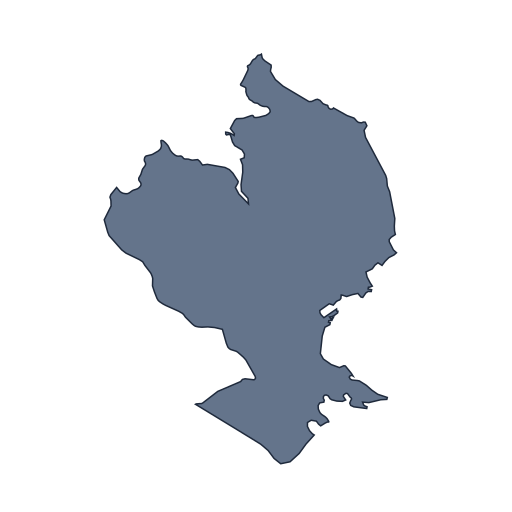 SVG path tracing the border of Guanacaste, rotated 191°
{"feature_id": "CRI-1334", "entity_name": "Guanacaste", "entity_type": "Province", "adm_level": 1, "iso_a3": "CRI", "parent_name": "Costa Rica", "parent_adm1": "", "projection": "albers", "projection_center": [-85.354, 10.467], "detail": "fine", "context": "isolated", "style": "filled", "palette": "slate", "viewbox_px": 512, "rotation_deg": 191, "n_neighbors": 0, "source": "natural_earth", "source_scale": "10m", "svg_char_len": 5422}
<svg xmlns="http://www.w3.org/2000/svg" viewBox="0 0 512 512"><g transform="rotate(191 256 256)"><path d="M192.1,56.8L199.6,60.7L207.0,67.4L215.5,72.2L242.1,82.2L277.7,95.4L287.1,98.9L286.5,99.4L284.6,99.9L283.0,100.4L281.9,100.6L281.2,100.8L280.3,101.5L267.7,115.8L247.0,129.9L246.5,131.1L245.7,132.3L243.3,133.4L234.3,134.1L233.4,135.2L233.2,135.8L233.3,136.5L233.9,137.7L234.2,138.1L246.1,152.0L249.1,154.3L255.6,158.1L257.2,158.7L263.1,159.4L263.8,159.7L264.4,159.9L265.0,160.3L266.2,161.2L268.5,164.7L275.0,177.6L282.9,177.9L289.8,177.2L295.5,175.8L298.8,175.4L300.5,175.4L302.2,175.5L303.7,176.1L305.7,177.2L313.6,182.5L315.5,184.4L317.2,185.6L321.3,187.0L335.3,190.3L338.2,191.2L341.8,192.7L343.5,193.7L345.1,195.5L348.9,201.5L351.9,206.9L353.1,214.2L353.9,216.0L355.4,218.3L356.2,219.3L363.3,225.6L366.1,228.7L369.8,230.2L384.2,234.0L389.0,236.4L404.1,248.0L406.1,251.1L411.9,262.6L407.8,277.4L408.9,282.4L409.6,284.2L410.0,284.8L410.6,285.9L410.2,288.6L405.9,296.7L401.8,293.3L400.6,292.8L399.1,292.3L397.8,292.2L395.8,292.3L394.7,292.5L393.8,292.8L392.3,293.9L390.0,296.4L389.0,297.2L386.6,298.5L385.0,299.5L383.9,300.7L383.2,301.8L382.7,302.7L382.5,303.5L382.5,304.3L382.7,305.0L383.0,305.6L383.4,306.1L385.3,307.9L385.6,308.5L385.8,309.2L385.9,309.9L385.8,310.6L384.6,314.1L384.0,319.3L383.7,320.1L382.1,323.5L381.9,324.4L381.9,325.1L382.1,325.8L382.4,326.4L382.7,326.9L383.6,327.9L383.9,328.7L384.1,329.7L384.0,331.6L383.5,332.5L383.0,333.2L377.9,335.5L376.8,336.2L372.0,340.4L370.8,342.0L370.1,343.2L369.9,344.8L369.8,345.6L370.1,347.2L371.1,350.0L371.3,351.1L370.8,351.5L370.2,351.5L369.5,351.4L368.8,351.2L366.4,349.8L364.3,348.2L363.3,347.3L360.1,343.2L358.1,341.5L357.6,341.1L355.2,339.8L353.8,339.3L353.1,339.1L352.2,339.1L351.2,339.2L349.8,339.6L349.4,339.7L348.8,339.8L348.0,339.6L347.4,339.3L346.9,339.0L345.9,338.1L345.3,337.8L344.6,337.7L343.9,337.7L342.4,338.0L340.7,338.2L339.9,338.1L339.1,338.0L336.9,337.9L331.6,339.5L330.4,338.8L329.4,338.3L325.9,335.1L321.2,336.7L303.3,337.0L298.6,335.7L294.4,332.8L287.7,325.8L287.7,324.2L289.3,319.3L284.7,313.6L273.3,305.7L274.9,311.1L282.6,316.7L284.3,323.2L285.0,335.7L286.6,343.0L289.7,348.0L286.3,350.2L286.8,353.9L289.9,357.4L298.0,360.3L300.8,363.4L304.3,370.1L306.0,370.1L308.1,369.2L309.0,369.9L309.4,371.8L307.1,371.9L304.7,371.6L302.5,371.0L300.5,370.1L300.5,371.8L305.5,376.2L302.8,384.9L301.3,387.1L295.5,388.5L294.2,389.0L287.3,393.0L286.1,393.3L285.6,393.1L285.1,392.6L284.7,392.2L284.2,391.7L282.4,391.9L279.6,392.8L273.1,395.9L270.7,398.2L269.6,400.3L270.1,401.8L270.9,403.0L272.0,403.9L273.1,404.5L274.2,404.7L276.7,404.3L277.5,404.3L278.3,404.3L280.7,404.8L281.3,405.1L282.5,405.7L283.1,406.0L283.9,406.2L286.4,406.1L287.9,406.5L289.6,407.5L291.7,408.2L292.3,408.5L292.8,408.9L293.9,410.5L295.4,411.8L296.1,413.0L296.4,413.6L296.7,414.2L297.3,415.4L297.5,417.0L297.9,418.5L298.2,419.1L298.8,419.5L299.5,419.7L303.3,420.6L303.8,421.1L303.9,421.8L303.2,423.4L302.2,426.2L299.5,436.5L299.4,438.1L299.8,439.2L300.5,440.1L300.6,440.7L300.4,441.2L298.9,442.4L298.3,443.2L297.8,444.4L297.0,446.7L296.4,447.9L295.8,448.6L295.1,449.0L294.3,449.7L292.6,453.2L292.0,453.6L291.4,453.7L289.9,454.5L289.2,455.2L287.8,451.8L286.7,450.6L284.3,449.1L277.6,446.3L277.1,444.2L277.2,441.7L277.0,439.9L270.7,432.9L261.9,427.9L233.5,417.7L230.9,418.3L227.2,420.9L225.5,421.6L222.9,421.0L219.3,418.3L216.4,417.7L214.7,417.6L214.1,417.2L213.8,416.3L212.8,415.1L211.0,414.3L209.4,414.7L208.4,415.5L208.2,416.1L193.3,411.2L186.1,410.1L184.5,409.0L183.1,407.8L181.0,406.7L178.0,406.8L176.1,408.0L174.3,408.2L172.0,405.0L173.9,400.0L171.1,393.3L144.1,359.9L142.5,356.9L140.4,349.7L137.1,344.6L126.9,319.3L125.9,311.7L124.8,307.1L123.3,303.7L126.9,300.2L128.4,297.6L127.9,295.4L122.3,288.2L118.7,286.0L120.7,283.4L125.3,279.8L128.4,275.2L130.5,270.8L135.0,272.6L137.5,269.7L139.4,265.6L145.0,261.3L142.9,256.5L138.9,251.5L136.1,248.6L137.8,247.5L138.5,247.1L139.7,246.8L139.7,245.0L136.1,245.0L136.1,243.1L139.2,242.6L141.1,240.7L143.3,235.7L145.1,235.7L148.8,238.7L154.0,236.5L159.3,233.5L163.3,234.0L164.9,234.0L164.6,230.5L165.5,228.8L167.0,227.9L168.4,226.7L170.8,222.5L171.8,222.7L175.0,223.1L183.0,214.7L182.4,212.5L181.0,210.8L177.6,208.4L166.8,219.4L166.5,218.5L166.5,217.7L166.3,217.3L165.0,217.4L165.0,215.7L168.0,212.4L169.9,211.0L172.2,210.2L170.4,208.4L170.1,208.6L169.8,209.2L169.2,209.7L168.4,210.2L169.1,208.0L169.2,207.2L172.2,206.4L172.2,204.7L170.4,204.7L170.4,202.7L174.8,199.2L175.7,190.1L174.2,172.4L170.2,167.7L161.5,163.8L152.8,162.4L148.8,165.1L147.3,165.1L140.0,159.0L137.9,156.7L139.1,157.1L140.7,156.4L141.4,154.9L139.9,153.1L137.9,152.6L132.8,153.1L130.7,153.1L123.0,150.1L116.9,146.5L110.1,143.5L100.1,142.2L100.2,140.2L106.1,138.7L117.3,133.6L123.5,132.9L122.5,131.3L121.8,130.2L120.5,129.6L118.2,129.2L118.2,127.4L131.2,126.6L134.5,127.4L135.9,129.5L135.5,131.9L134.9,133.9L135.4,134.8L136.5,135.3L139.9,138.4L141.5,138.4L143.5,136.4L143.5,134.8L140.5,131.8L143.4,129.8L149.0,129.0L154.3,129.3L156.1,130.1L158.4,132.5L160.6,133.0L162.3,132.3L163.0,130.8L162.7,129.0L161.5,127.5L161.5,125.5L165.4,124.0L166.5,121.1L165.6,117.6L163.4,114.5L161.5,113.1L157.1,111.2L155.2,109.9L153.0,107.5L153.0,106.9L154.3,106.6L156.1,105.3L160.1,101.6L162.5,102.9L165.2,105.4L170.5,105.3L173.7,102.4L173.0,98.5L170.1,94.7L166.9,92.3L164.7,91.4L171.0,81.0L175.9,70.5L183.3,60.5L192.1,56.8Z" fill="#64748b" stroke="#1e293b" stroke-width="1.5"/></g></svg>